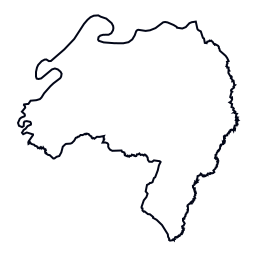 Warin Chamrap, Ubon Ratchathani, Thailand (Robinson projection)
{"feature_id": "78962969B43112408779315", "entity_name": "Warin Chamrap", "entity_type": "district", "adm_level": 2, "iso_a3": "THA", "parent_name": "Thailand", "parent_adm1": "Ubon Ratchathani", "projection": "robinson", "projection_center": [104.887, 15.092], "detail": "fine", "context": "isolated", "style": "outline", "palette": "ink", "viewbox_px": 256, "rotation_deg": 0, "n_neighbors": 0, "source": "geoboundaries", "source_scale": "gbopen_adm2", "svg_char_len": 5875}
<svg xmlns="http://www.w3.org/2000/svg" viewBox="0 0 256 256"><path d="M216.4,167.3L217.1,166.0L216.6,165.2L217.7,163.8L217.4,163.0L217.9,162.4L217.3,161.6L218.3,160.9L217.7,158.9L216.4,158.7L216.7,157.6L215.8,157.5L215.7,158.7L215.0,158.0L215.6,156.4L215.5,155.0L216.3,154.7L216.9,152.5L218.0,151.5L217.8,150.9L218.6,150.1L218.9,150.5L220.0,148.7L220.3,145.6L221.0,145.6L221.0,144.6L223.2,144.1L223.0,142.3L223.9,143.2L224.5,142.9L224.9,141.0L223.9,140.6L224.3,138.8L224.9,138.5L224.7,138.0L224.0,138.1L223.9,136.3L224.7,135.7L225.3,136.3L226.0,135.4L227.2,135.3L227.2,134.5L228.0,133.3L228.8,133.4L229.1,131.9L229.6,132.1L230.2,131.7L230.1,130.9L230.7,130.5L230.6,129.9L231.7,129.6L232.8,130.1L233.2,129.7L233.5,130.4L233.7,129.4L234.1,129.3L234.9,129.9L235.1,128.4L234.0,128.3L234.7,125.6L236.7,125.4L236.5,124.2L237.5,124.2L237.3,123.1L236.3,122.5L236.3,121.8L238.0,120.6L235.8,120.1L236.0,119.6L236.4,119.8L237.1,119.2L237.6,119.7L237.9,119.2L236.5,118.2L237.4,117.4L235.9,117.1L236.3,114.5L236.9,113.8L234.9,113.1L235.0,112.2L234.2,112.3L235.1,111.6L233.1,109.9L233.8,108.6L233.1,107.7L231.5,107.1L232.1,104.0L229.6,102.4L230.9,101.7L232.1,99.5L232.0,97.5L231.1,97.9L230.2,97.1L231.5,92.3L232.2,91.8L231.0,90.8L231.3,89.7L234.0,87.6L233.5,86.5L235.0,85.1L234.2,84.9L233.6,81.0L232.3,81.3L232.5,79.8L230.8,78.1L231.2,77.1L231.7,76.9L231.3,76.2L230.3,76.1L228.4,72.9L228.5,70.9L229.3,70.7L228.5,69.4L228.6,67.7L227.3,67.6L227.4,66.9L226.4,66.3L226.9,65.5L226.8,64.4L227.5,63.5L227.0,61.8L228.6,61.1L227.1,57.9L225.6,55.8L219.8,50.7L219.5,49.0L218.9,48.2L218.9,47.0L218.1,45.8L216.0,44.6L214.9,44.8L214.8,44.0L213.8,43.9L212.9,42.2L211.2,40.6L210.1,41.0L209.5,40.6L208.7,41.4L207.3,41.6L207.0,42.5L206.1,42.7L206.2,43.1L204.8,42.9L204.0,38.5L202.9,37.8L200.8,31.4L198.3,30.1L197.4,29.0L195.8,21.6L191.8,22.2L189.4,23.2L185.8,27.1L182.3,28.5L177.0,27.7L176.7,26.9L173.6,25.0L167.5,22.4L165.1,22.0L163.2,22.3L155.5,28.1L150.0,30.3L145.6,30.9L138.3,29.8L137.3,30.1L136.2,31.2L134.7,35.4L132.3,39.4L128.5,42.2L123.1,43.3L114.3,43.2L103.7,42.4L98.8,40.8L98.1,39.7L98.5,37.2L100.3,35.6L103.1,34.8L108.7,34.7L111.3,33.2L113.0,30.3L113.4,28.1L113.1,25.9L111.6,23.1L106.3,18.6L100.7,16.7L98.3,15.4L93.8,15.7L90.5,17.2L87.5,19.8L84.0,23.9L74.2,39.0L64.3,49.4L50.9,61.0L48.9,61.1L46.4,59.5L44.6,59.6L41.6,61.2L38.2,64.9L37.0,67.5L36.0,71.9L36.0,76.7L36.7,78.6L38.5,79.0L41.2,78.4L52.0,69.4L54.9,68.5L57.8,69.4L60.5,71.7L61.6,73.7L61.1,76.7L60.2,78.2L53.5,83.3L50.4,86.2L44.1,93.3L41.5,97.5L39.9,99.1L36.3,100.2L30.6,100.7L28.4,103.9L24.1,104.4L23.9,105.0L25.0,106.4L25.2,107.7L21.9,111.7L24.7,114.2L24.9,115.5L24.5,116.3L21.4,117.5L19.8,118.8L18.0,122.9L19.0,125.8L22.1,127.1L23.7,126.1L23.9,122.4L24.6,121.5L26.7,121.1L30.3,121.9L31.0,123.3L30.9,124.6L27.6,126.1L25.6,128.7L23.7,129.9L22.0,132.7L23.2,134.2L26.8,132.5L33.0,134.4L33.0,135.1L28.6,141.4L28.3,142.4L28.5,143.9L29.7,143.2L29.5,142.6L30.0,142.2L31.3,143.9L34.3,144.8L34.8,145.7L36.8,146.3L38.0,148.1L38.9,147.6L39.6,148.3L40.2,147.7L40.3,148.3L40.9,148.3L41.3,147.6L41.7,148.2L41.9,147.7L43.3,148.2L43.4,147.8L44.1,148.9L45.2,149.6L45.5,149.4L45.9,150.3L45.0,151.1L45.3,152.7L46.0,152.8L45.8,153.4L48.2,154.9L49.7,155.1L53.3,158.5L54.5,158.4L56.6,156.8L59.3,156.0L61.3,152.4L62.8,146.7L65.1,144.5L66.0,143.9L70.5,143.6L71.9,143.0L74.2,140.7L75.8,137.8L77.3,137.4L77.6,136.8L78.8,136.7L80.6,135.0L82.6,135.1L85.1,133.8L85.5,134.3L86.3,134.2L86.8,133.6L88.7,134.1L89.4,135.2L91.5,136.5L91.6,137.6L92.4,138.4L93.4,138.0L94.4,138.7L96.9,136.8L99.6,136.9L103.9,136.0L103.4,137.0L103.8,137.3L103.7,139.1L104.2,139.3L102.6,142.6L105.5,142.5L107.4,143.2L108.3,144.4L108.2,146.7L108.7,147.9L110.1,149.7L112.3,150.8L121.5,150.5L122.0,151.7L124.4,152.5L124.6,154.1L125.1,154.2L124.9,155.3L127.3,156.3L127.8,155.6L129.1,156.7L129.9,155.7L130.7,156.0L131.8,155.4L131.9,154.7L134.2,155.2L134.2,155.8L135.4,156.2L136.3,156.0L137.0,154.3L138.3,154.3L139.4,153.5L140.6,155.0L142.1,154.6L143.7,155.5L144.1,154.8L144.8,154.5L146.5,155.7L146.4,156.2L147.6,157.4L147.9,159.9L149.2,161.7L152.1,161.8L153.9,160.4L159.7,161.2L160.6,162.0L158.9,165.4L157.8,170.3L155.2,177.2L153.9,178.1L152.5,182.2L150.8,183.0L150.0,182.9L148.9,184.0L147.0,184.9L145.7,191.4L147.6,193.7L146.4,197.1L143.8,200.3L141.5,207.1L141.7,208.0L142.5,208.4L142.5,210.5L143.8,211.7L144.6,211.4L147.9,214.1L149.9,214.3L153.1,216.9L153.0,217.8L156.6,219.8L162.0,225.0L167.8,234.3L168.1,236.8L169.2,238.7L169.1,240.0L170.0,240.6L172.5,240.2L173.1,239.4L173.9,240.1L173.9,239.6L174.8,239.2L174.5,238.8L175.2,237.2L176.2,236.9L176.8,237.6L177.9,237.0L178.0,236.3L178.6,236.2L178.8,235.6L179.6,235.9L180.5,234.4L181.6,234.2L181.4,233.6L182.3,233.0L182.0,232.5L182.5,232.3L182.4,231.3L182.9,231.3L182.8,230.6L183.7,230.2L183.8,229.5L182.9,228.6L183.5,228.2L182.5,227.7L182.1,226.4L183.6,225.6L184.7,223.4L183.0,220.8L183.0,218.7L183.9,218.1L184.4,218.5L184.9,216.5L185.5,216.1L185.6,214.4L186.3,213.8L186.7,212.5L187.4,212.4L187.9,210.7L187.6,210.2L186.8,210.2L188.0,209.6L187.9,206.8L187.4,206.4L187.6,205.3L189.6,203.6L191.2,203.5L190.7,202.4L192.0,201.3L192.8,201.0L193.0,201.8L193.4,201.2L193.3,199.6L194.3,199.7L194.4,199.2L194.0,199.2L193.8,198.7L195.1,198.0L194.3,196.6L195.3,195.2L195.0,194.7L195.4,194.1L195.2,193.4L195.9,193.1L195.4,191.4L194.7,191.6L194.4,190.6L194.2,189.1L194.8,189.0L194.8,188.4L193.9,188.6L193.8,188.0L193.1,187.6L192.9,185.8L194.5,184.6L194.5,183.1L195.3,182.5L195.2,181.6L195.7,181.8L196.1,183.0L196.8,182.5L196.6,181.7L197.5,181.8L197.2,180.8L197.8,180.3L196.8,180.1L196.8,179.3L197.3,178.6L197.6,176.1L199.9,175.2L200.8,173.6L201.7,174.3L202.1,175.4L202.9,175.5L202.9,176.3L203.8,176.5L205.0,176.2L204.7,175.4L206.1,175.6L206.8,175.0L207.4,175.1L207.2,174.5L208.0,173.5L209.9,174.1L210.6,173.7L210.5,173.0L212.2,173.3L213.2,173.0L214.3,172.1L213.4,170.5L215.4,168.6L215.7,167.4L216.4,167.3Z" fill="none" stroke="#020617" stroke-width="2"/></svg>